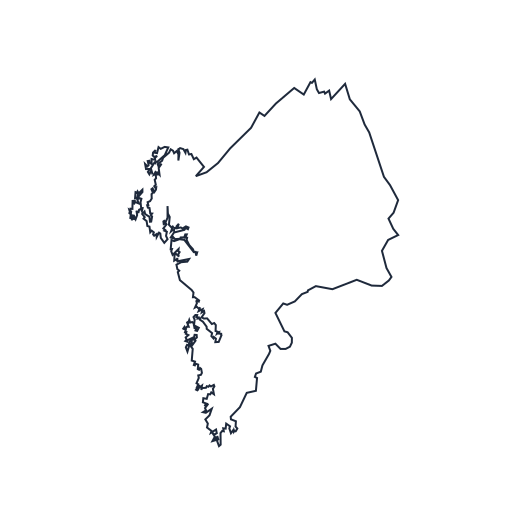 the district of Grimstad nor, Aust-Agder, Norway, rotated 109°
{"feature_id": "86288312B29149661311008", "entity_name": "Grimstad nor", "entity_type": "district", "adm_level": 2, "iso_a3": "NOR", "parent_name": "Norway", "parent_adm1": "Aust-Agder", "projection": "equal_earth", "projection_center": [8.556, 58.369], "detail": "fine", "context": "isolated", "style": "outline", "palette": "slate", "viewbox_px": 512, "rotation_deg": 109, "n_neighbors": 0, "source": "geoboundaries", "source_scale": "gbopen_adm2", "svg_char_len": 6153}
<svg xmlns="http://www.w3.org/2000/svg" viewBox="0 0 512 512"><g transform="rotate(109 256 256)"><path d="M182.3,344.3L184.7,346.3L180.6,350.3L181.8,352.4L177.8,355.5L178.6,356.8L181.4,356.3L178.6,359.4L178.7,362.9L180.2,363.7L179.7,364.7L183.3,361.9L191.0,360.5L185.2,362.4L182.5,365.1L185.5,366.9L183.5,368.7L182.9,371.4L186.5,371.8L193.4,375.8L196.5,375.8L201.1,378.9L202.8,377.5L199.6,375.3L204.4,376.7L210.5,373.7L209.4,375.6L211.8,375.3L209.8,376.1L209.2,378.4L212.5,378.9L211.2,377.5L215.1,375.8L216.9,376.6L221.3,373.9L223.1,374.9L224.2,373.5L223.5,372.7L225.8,372.2L228.5,372.9L225.7,375.8L226.9,376.6L229.8,374.0L231.5,374.9L235.6,373.3L238.6,374.0L240.4,376.0L243.1,374.3L243.5,375.4L245.5,374.0L245.3,372.3L250.1,369.9L249.7,368.1L251.6,368.7L252.5,367.1L257.6,366.3L258.1,367.4L253.7,369.4L252.4,374.5L250.2,375.9L253.3,377.3L255.5,373.9L257.3,374.5L258.6,370.8L263.0,368.5L262.9,366.3L268.0,363.7L266.0,362.9L266.9,360.3L269.1,360.3L270.0,358.9L267.7,357.2L270.4,356.1L265.5,355.3L265.9,353.8L269.9,351.9L273.4,347.0L268.9,345.1L266.3,347.6L262.1,348.2L261.9,350.8L261.0,350.2L260.1,352.6L255.2,350.9L254.4,351.9L255.9,353.6L253.5,354.8L252.6,354.2L253.5,352.5L248.6,352.1L237.6,355.9L244.6,353.1L247.2,350.3L254.8,348.5L256.9,344.6L254.3,344.3L260.3,344.3L258.7,343.4L258.7,341.8L256.0,342.3L255.6,340.2L253.8,340.8L250.7,339.5L255.3,339.5L253.5,336.4L253.9,334.4L250.8,331.9L251.0,329.1L252.8,329.1L252.4,331.6L254.6,332.2L260.5,341.2L266.2,342.6L266.2,340.6L264.9,340.9L266.4,338.1L264.4,333.3L263.0,333.3L261.7,329.9L258.6,329.9L258.1,328.5L261.7,328.8L261.2,327.1L263.4,326.8L267.4,322.7L270.2,317.7L272.3,316.1L271.7,314.3L272.3,313.7L271.8,312.8L275.1,312.6L271.9,314.6L272.6,316.1L264.1,329.0L265.0,333.8L268.6,338.3L268.4,341.1L277.3,338.9L276.8,337.7L279.1,337.7L282.1,335.2L274.6,331.5L276.8,331.0L277.2,329.5L279.9,330.1L281.6,328.7L279.9,332.6L281.7,333.3L287.0,331.8L285.4,330.4L286.1,329.2L283.4,329.8L286.5,328.4L280.6,318.3L283.7,319.1L286.2,324.7L290.1,328.4L294.0,326.1L294.9,323.8L296.7,324.7L303.6,320.1L309.1,305.8L310.9,303.2L315.5,302.2L314.9,300.7L316.6,295.3L317.7,295.3L317.2,297.1L318.1,297.7L319.8,296.5L324.6,296.9L323.2,295.6L324.5,292.8L322.8,292.0L326.8,292.3L323.6,289.1L327.0,288.9L324.9,287.2L326.8,286.1L331.7,287.5L332.1,284.9L330.9,281.9L334.7,275.6L333.0,273.7L334.4,271.5L340.1,269.8L340.1,267.6L342.3,267.6L340.1,265.9L341.4,265.6L340.9,263.6L342.3,263.1L341.4,262.8L349.4,263.3L350.7,266.4L347.2,267.0L346.3,269.5L347.7,269.5L346.3,272.1L343.2,272.4L340.9,278.9L338.9,279.7L335.4,284.8L334.5,288.2L333.2,288.5L334.1,290.7L332.8,290.4L333.2,292.4L331.0,292.4L331.5,294.1L334.1,295.2L336.3,293.2L341.7,292.1L342.5,286.7L346.0,287.3L346.1,289.0L343.6,289.0L344.1,290.7L339.9,293.1L339.2,294.8L340.4,296.6L338.2,298.3L340.8,298.3L340.5,298.9L341.3,299.5L344.8,296.6L345.3,298.3L347.9,298.8L346.2,300.5L349.3,301.4L348.0,300.8L348.8,298.5L347.9,298.3L351.0,298.3L350.6,297.1L352.4,297.1L352.8,294.2L355.9,296.0L357.7,294.3L359.4,295.1L359.4,292.9L357.7,293.2L355.0,290.4L362.5,290.9L362.5,292.3L365.2,292.6L368.7,289.7L362.5,290.0L361.6,288.6L360.3,289.2L360.3,287.8L356.3,289.6L354.5,288.7L356.3,287.8L350.5,288.4L350.0,286.4L352.3,285.4L354.9,287.0L355.8,285.6L362.9,287.8L364.4,285.6L375.8,282.7L375.7,279.3L379.3,279.3L379.3,278.2L377.5,278.2L377.5,275.3L381.9,274.2L382.1,272.8L380.1,272.5L380.6,271.1L384.1,269.1L386.3,269.4L387.7,271.7L389.9,270.4L395.7,270.8L396.1,268.8L399.2,269.1L398.7,268.0L401.9,269.1L402.1,267.7L401.0,267.2L396.5,267.7L398.9,266.7L396.1,264.9L400.3,264.3L398.3,263.7L396.9,260.4L395.1,260.1L395.1,258.4L393.5,257.8L394.0,256.1L391.6,253.9L392.8,252.9L395.6,253.5L400.4,250.8L399.5,253.9L401.7,254.2L402.2,256.3L407.1,256.1L407.6,259.5L411.6,258.6L411.7,255.1L414.6,255.8L411.2,253.0L416.4,254.7L418.2,253.0L420.9,255.2L420.6,252.4L414.8,248.1L421.8,248.1L427.0,250.7L430.1,247.0L434.1,246.5L435.9,241.1L437.9,241.1L433.1,237.3L436.3,235.4L438.3,237.1L437.6,239.5L441.6,234.3L442.9,235.5L441.6,236.3L445.2,236.9L442.5,233.1L438.8,234.0L441.7,232.0L443.0,233.0L447.8,229.1L445.9,228.0L435.0,231.9L432.4,231.0L432.2,229.4L429.6,230.9L429.1,228.5L424.2,229.6L425.5,225.1L427.7,225.1L431.7,222.0L428.5,221.0L429.4,220.1L427.9,220.2L429.0,219.3L428.3,218.1L425.2,217.5L423.9,219.8L418.8,221.2L418.6,226.5L416.2,227.6L404.2,222.0L388.4,220.2L383.5,212.2L371.0,215.3L370.7,217.7L367.1,217.7L363.8,213.8L357.3,214.3L344.3,211.8L341.0,211.6L336.9,214.9L332.6,209.1L335.9,202.5L334.2,197.7L330.7,194.4L326.3,193.9L321.7,195.4L317.8,201.3L318.0,204.6L303.5,219.1L292.0,214.8L292.0,210.7L286.3,204.5L277.1,200.2L273.1,195.5L271.6,195.7L265.0,189.6L262.5,172.9L245.7,153.0L246.3,137.0L243.3,127.2L235.9,122.4L231.7,121.1L224.9,128.7L210.1,138.6L197.8,136.3L189.9,128.4L185.6,135.1L177.5,142.9L170.3,140.0L156.9,139.8L145.4,152.3L139.5,160.8L102.3,189.2L96.3,196.1L85.5,205.0L77.3,218.3L64.2,227.8L83.2,236.1L75.8,240.7L80.0,243.6L78.4,245.1L81.4,249.5L78.5,252.8L70.0,257.9L74.1,259.5L73.9,261.1L87.8,263.4L84.7,274.6L105.3,286.8L120.8,293.6L119.2,299.5L136.4,302.4L162.7,315.5L180.5,322.2L192.9,330.0L200.1,338.9L188.7,334.2L182.3,344.3ZM199.2,380.1L190.3,375.1L181.9,374.3L182.6,377.9L185.7,381.0L184.8,383.6L191.0,383.1L191.4,385.9L188.5,385.4L191.7,387.0L194.6,386.4L195.4,384.7L193.6,382.0L196.0,383.5L197.9,382.7L198.3,386.3L202.9,384.7L202.4,387.0L200.7,387.9L201.5,389.3L205.0,387.1L206.6,387.8L205.1,390.8L209.6,388.3L208.3,384.7L211.7,385.6L213.5,383.4L209.5,382.9L212.5,380.3L207.3,384.0L200.6,382.4L201.0,381.5L199.2,381.2L199.2,380.1ZM250.7,378.5L247.6,378.8L248.0,380.2L242.7,382.7L239.2,383.0L239.2,385.0L240.5,385.6L239.2,385.6L240.5,386.1L240.6,387.0L237.0,387.6L237.9,386.4L232.5,384.2L230.3,385.0L234.8,387.3L233.5,389.0L236.1,389.0L234.8,389.3L234.8,390.7L240.6,389.2L239.7,387.8L244.5,384.1L244.3,387.8L247.0,388.4L243.2,388.7L244.1,390.6L251.7,388.2L252.1,390.0L253.9,389.4L253.5,390.9L255.7,389.4L257.4,390.0L255.6,388.3L261.0,387.2L260.9,385.7L262.7,384.9L257.8,386.0L257.6,384.6L261.6,383.5L259.1,383.2L260.5,381.8L256.0,381.7L252.1,383.8L253.4,382.4L252.9,381.3L250.3,381.6L248.9,380.2L250.7,378.5Z" fill="none" stroke="#1e293b" stroke-width="2"/></g></svg>